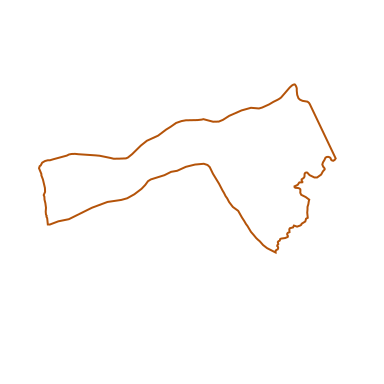 the district of Huehuetenango, Huehuetenango, Guatemala, rotated 335°
{"feature_id": "79465075B83999365209014", "entity_name": "Huehuetenango", "entity_type": "district", "adm_level": 2, "iso_a3": "GTM", "parent_name": "Guatemala", "parent_adm1": "Huehuetenango", "projection": "mercator", "projection_center": [-91.375, 15.301], "detail": "fine", "context": "isolated", "style": "outline", "palette": "amber", "viewbox_px": 384, "rotation_deg": 335, "n_neighbors": 0, "source": "geoboundaries", "source_scale": "gbopen_adm2", "svg_char_len": 2930}
<svg xmlns="http://www.w3.org/2000/svg" viewBox="0 0 384 384"><g transform="rotate(335 192 192)"><path d="M233.1,130.8L231.4,130.5L227.3,129.1L216.7,124.4L212.5,123.3L206.8,122.7L200.0,123.9L194.9,124.5L185.1,126.6L172.7,126.5L165.3,128.3L161.6,129.6L157.1,131.2L153.7,132.4L148.4,133.7L146.3,133.6L139.6,130.8L135.0,128.7L132.4,126.6L131.7,126.1L127.8,123.2L123.6,120.1L120.0,118.0L105.1,109.8L102.1,108.0L98.8,106.6L96.3,106.0L93.9,106.1L80.1,103.7L76.6,103.2L74.7,102.3L71.8,101.8L68.6,102.1L66.1,104.0L64.9,104.2L63.4,105.8L63.1,112.0L62.5,113.3L62.2,117.6L60.4,126.2L58.9,129.8L56.3,132.1L56.2,133.9L55.1,136.6L54.4,140.1L53.0,144.6L51.1,148.0L50.1,150.8L50.2,152.2L49.6,152.9L49.7,154.5L47.6,160.5L49.4,161.4L58.5,162.1L68.9,164.6L93.9,164.0L95.0,164.0L111.2,165.3L121.2,168.3L124.6,169.3L130.6,170.3L138.8,169.7L147.6,167.8L152.5,165.9L156.7,163.6L160.0,163.2L174.1,165.1L181.6,164.9L187.5,166.5L197.1,166.6L206.3,168.4L214.6,171.4L217.5,174.1L218.6,176.9L218.7,184.3L220.0,195.9L220.3,203.4L220.6,206.3L220.7,210.0L221.2,212.6L221.4,216.8L222.7,222.8L225.9,228.6L226.5,236.3L227.1,240.5L227.4,243.9L227.9,246.2L228.6,253.1L229.7,256.9L230.7,260.8L231.5,262.9L232.6,265.3L234.0,270.1L236.3,274.6L242.2,282.2L243.0,280.6L243.9,280.2L245.4,280.2L246.0,279.7L246.5,279.1L246.7,277.9L246.6,277.4L246.4,276.9L247.0,276.2L247.6,276.0L248.2,275.7L248.6,273.7L249.4,273.2L251.0,273.1L252.1,271.9L253.1,271.9L257.0,273.1L259.7,273.2L260.3,272.5L260.3,270.7L260.8,269.9L261.6,269.5L263.4,269.6L264.4,267.0L264.9,266.5L265.4,266.2L268.7,266.8L269.4,266.1L270.2,265.5L272.6,267.8L275.9,268.1L277.1,267.9L278.0,267.1L282.2,266.6L284.1,264.4L286.0,264.3L287.7,259.4L289.2,256.8L290.4,254.3L292.3,252.2L293.9,249.8L295.0,248.5L292.9,244.6L289.8,240.7L289.8,238.5L291.1,236.0L291.3,235.2L290.9,234.3L290.4,233.7L289.9,233.3L289.3,232.9L288.7,232.5L288.0,232.2L287.4,231.8L287.0,231.0L287.3,230.2L288.1,230.2L289.0,230.2L289.8,230.2L291.0,230.1L291.5,229.8L292.2,229.3L292.7,229.0L293.4,228.7L294.4,229.1L294.9,229.4L296.1,229.8L296.4,229.3L296.3,228.5L296.3,227.6L296.7,226.9L297.8,226.7L299.0,226.5L300.0,226.0L300.7,225.2L300.9,224.7L301.4,223.7L301.9,223.0L302.8,222.5L303.8,222.6L304.7,223.2L304.9,223.9L305.2,224.9L305.7,226.4L309.1,230.6L311.5,231.7L316.4,230.8L319.4,228.6L321.6,227.7L322.0,227.3L322.1,226.6L321.9,225.4L321.6,224.6L321.7,222.2L323.2,220.5L325.5,219.0L327.5,217.3L328.9,217.2L330.3,217.7L331.2,218.5L331.8,219.4L331.8,221.9L332.4,222.8L333.3,223.4L334.9,223.2L336.4,222.3L335.9,162.3L335.7,160.7L335.3,159.8L334.8,158.9L330.7,156.1L328.9,154.0L328.1,152.1L328.4,148.4L329.7,144.6L330.8,142.2L331.0,140.4L330.9,139.0L330.7,138.1L330.2,137.7L329.1,137.6L328.2,137.6L326.9,137.9L324.7,138.6L312.7,144.0L310.8,144.4L308.6,144.6L303.9,144.7L298.8,145.2L291.2,145.1L288.0,144.6L281.0,140.6L271.4,139.0L257.9,138.7L250.5,139.7L246.0,139.5L240.8,137.2L233.1,130.8Z" fill="none" stroke="#b45309" stroke-width="2"/></g></svg>